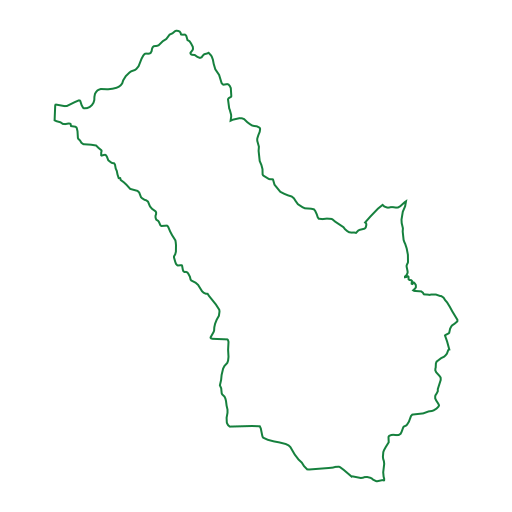 the district of Yen Minh, Hà Giang, Vietnam
{"feature_id": "81297802B77958779459732", "entity_name": "Yen Minh", "entity_type": "district", "adm_level": 2, "iso_a3": "VNM", "parent_name": "Vietnam", "parent_adm1": "Hà Giang", "projection": "natural_earth1", "projection_center": [105.183, 23.071], "detail": "fine", "context": "isolated", "style": "outline", "palette": "green", "viewbox_px": 512, "rotation_deg": 0, "n_neighbors": 0, "source": "geoboundaries", "source_scale": "gbopen_adm2", "svg_char_len": 5998}
<svg xmlns="http://www.w3.org/2000/svg" viewBox="0 0 512 512"><path d="M351.6,476.6L351.8,476.4L352.7,476.4L360.8,478.0L363.0,477.7L364.6,477.1L367.2,477.0L370.4,477.8L371.8,478.5L373.0,479.6L375.8,481.0L376.9,481.3L382.4,480.1L383.5,480.4L384.1,480.3L384.2,478.9L383.6,476.6L383.2,472.3L384.2,463.9L383.9,461.2L383.2,459.0L382.9,456.9L383.3,452.1L384.0,450.2L385.7,447.1L388.7,442.3L388.5,437.0L388.9,436.2L389.3,435.8L391.3,435.0L393.2,434.8L396.3,435.1L398.7,435.0L400.6,433.8L401.6,431.8L403.3,427.2L403.8,426.6L406.2,425.5L407.0,424.7L408.9,421.7L411.0,416.0L412.3,414.6L423.2,413.4L428.7,411.4L431.8,411.0L433.6,410.4L436.5,408.6L438.3,406.8L439.0,405.6L438.8,404.7L437.9,403.1L436.2,400.5L435.2,398.4L435.2,396.4L435.4,395.4L436.7,393.4L437.8,391.2L437.8,389.1L440.7,380.0L440.7,378.6L440.6,377.5L439.4,375.8L436.2,372.3L435.3,370.3L435.4,368.6L435.7,367.5L435.9,363.4L436.6,361.6L441.2,358.1L444.1,356.7L445.5,355.4L446.9,353.7L448.2,350.2L448.8,349.6L449.3,349.5L447.1,341.5L445.0,335.5L445.3,335.1L448.6,333.4L449.2,332.8L450.1,328.7L451.3,326.4L452.1,325.4L454.6,323.7L457.3,321.4L457.4,320.7L457.4,319.8L452.3,311.4L449.8,306.8L447.1,302.4L445.1,300.1L443.6,297.7L441.3,296.1L440.1,296.0L435.8,294.5L431.3,294.5L429.6,294.9L427.8,294.6L424.1,294.4L423.7,294.1L422.9,292.7L421.2,291.4L414.2,290.9L413.2,290.3L415.2,288.4L415.9,287.2L415.8,285.0L414.9,283.6L414.0,282.6L413.5,282.4L413.1,282.8L412.5,284.0L411.7,283.8L411.6,283.3L412.0,281.0L411.2,280.2L409.5,280.0L408.6,279.3L408.5,276.8L408.2,276.4L407.7,276.3L406.3,277.0L405.0,277.2L405.0,276.5L406.2,275.5L406.8,274.6L407.6,272.8L407.6,271.4L406.6,266.6L406.6,265.6L407.1,264.2L407.7,263.1L408.0,262.1L407.9,254.8L406.7,248.5L405.2,243.9L404.3,242.0L403.6,239.9L402.7,231.6L402.9,228.3L401.7,223.1L401.5,219.6L402.8,211.7L405.1,206.3L406.0,201.3L404.7,202.2L400.3,206.2L398.0,207.5L396.0,207.6L392.7,207.1L391.0,207.1L388.8,207.6L387.3,207.6L384.3,206.5L382.6,204.9L378.0,208.6L370.4,216.5L365.7,221.8L365.1,222.5L366.1,223.3L366.3,224.2L366.3,225.1L365.7,227.5L365.1,228.2L364.4,228.7L359.5,229.9L358.2,230.6L356.0,232.9L354.2,232.5L351.5,232.6L349.0,232.2L347.1,231.0L344.9,229.1L343.5,227.2L335.1,221.6L332.4,219.3L331.2,218.9L326.9,218.6L322.5,219.1L318.7,218.7L317.7,217.2L316.8,214.4L315.2,210.9L313.9,209.3L311.0,208.7L304.9,208.3L302.5,207.2L297.9,204.2L295.6,201.0L293.9,198.3L291.7,196.5L288.1,195.4L284.2,193.8L280.3,191.8L274.5,184.7L273.0,179.5L272.5,179.3L269.6,179.2L268.7,178.9L263.5,175.7L263.0,175.2L262.6,174.4L262.5,169.2L261.4,165.0L259.7,161.0L258.6,150.9L258.9,146.7L257.3,141.0L257.2,139.8L257.3,138.4L258.4,135.0L259.7,131.8L260.1,129.2L260.0,128.3L259.2,127.5L256.8,126.3L254.2,126.0L252.1,125.5L250.0,124.2L247.3,122.2L244.1,119.1L241.9,118.3L239.4,118.2L232.8,119.7L230.6,120.7L231.2,116.5L231.1,114.7L229.8,109.9L229.2,108.4L228.0,99.4L228.3,98.7L228.8,98.1L230.9,96.9L231.2,96.6L231.3,95.9L230.8,88.1L229.8,86.0L228.5,84.5L227.2,84.1L223.5,84.7L222.8,84.4L221.6,83.1L219.1,74.9L215.3,69.3L213.7,63.9L212.9,59.7L211.8,56.7L211.1,55.5L208.6,52.8L207.1,53.5L204.3,54.2L202.9,55.5L201.6,57.3L199.9,57.9L197.4,56.9L194.7,55.0L192.1,54.8L191.0,54.3L190.5,53.5L190.5,52.7L192.5,50.2L193.0,49.0L192.8,46.8L191.0,43.4L189.5,41.2L187.5,40.1L186.5,36.6L186.2,35.8L185.6,35.1L184.9,34.6L182.1,34.7L181.0,34.4L180.6,32.9L179.7,31.6L178.4,31.0L176.6,30.7L175.7,30.9L175.0,31.2L172.5,33.3L169.6,34.6L166.3,39.0L162.8,41.2L158.6,45.3L156.8,45.9L153.9,46.2L153.2,46.7L152.6,47.4L152.0,48.9L151.6,51.2L150.5,53.1L148.8,53.7L146.0,53.6L144.9,53.8L144.3,54.3L143.3,55.5L141.6,58.6L138.6,66.2L136.3,69.0L134.9,70.0L131.2,71.3L129.5,72.5L125.8,76.1L123.2,80.3L122.2,83.4L120.7,85.3L118.7,86.8L116.4,87.8L112.7,88.7L107.9,89.3L100.8,89.0L99.1,89.6L97.5,90.4L96.1,92.0L95.0,93.8L94.4,96.9L94.3,100.0L93.5,102.7L91.9,105.1L89.7,107.0L87.1,108.1L84.0,108.3L83.1,107.8L81.6,105.1L80.3,101.1L79.8,100.5L78.8,100.4L74.8,102.1L66.9,106.0L64.5,106.1L56.2,104.6L55.5,104.7L55.2,105.6L54.6,120.3L56.5,121.2L60.5,122.3L62.8,123.9L65.3,124.1L68.5,123.5L69.8,123.6L70.5,123.9L71.1,126.1L75.3,126.7L76.4,127.4L76.8,128.2L77.5,131.3L77.9,137.9L78.2,138.7L80.1,140.6L81.4,142.8L83.4,144.2L91.0,144.7L96.1,145.5L98.5,147.9L101.3,150.2L101.6,150.9L101.2,152.6L101.2,155.3L101.6,155.6L104.1,154.9L105.4,154.9L106.0,155.3L106.9,156.7L108.3,160.3L111.0,162.4L112.1,163.0L114.1,163.3L114.6,164.0L115.0,164.7L115.7,168.5L116.8,171.0L117.5,174.5L118.7,178.1L120.2,178.1L120.7,180.0L123.7,182.2L126.4,184.7L130.2,188.9L137.5,190.9L139.2,192.5L141.0,197.2L141.9,198.1L144.5,199.8L146.2,200.3L148.0,201.6L149.8,206.0L150.3,206.8L152.0,208.8L155.5,211.3L156.1,212.3L156.1,214.1L155.5,215.8L155.5,217.2L155.8,218.5L156.3,219.7L158.2,220.9L159.0,222.1L160.3,225.1L160.9,225.7L161.5,226.0L166.9,225.6L167.6,226.1L168.3,227.1L170.1,231.4L172.1,235.2L175.4,240.4L175.7,242.2L176.0,245.2L175.9,251.7L175.2,254.3L174.0,256.4L174.0,257.5L175.3,262.0L176.0,263.9L177.2,265.2L177.8,265.5L181.1,265.2L181.8,265.3L182.1,265.8L182.8,269.6L183.3,271.1L184.4,272.0L186.0,271.9L187.4,272.5L188.3,273.7L189.9,276.7L190.6,279.6L191.3,280.5L195.6,282.7L198.1,284.9L202.0,291.2L203.6,292.7L205.7,293.7L207.6,293.8L208.9,295.8L215.9,304.5L219.1,309.5L219.3,309.9L219.5,311.6L218.9,315.8L216.7,319.7L215.1,323.7L214.3,327.3L214.1,330.6L213.6,332.0L210.6,337.3L210.6,337.8L211.1,338.4L212.5,338.8L227.3,339.4L227.8,339.8L228.2,340.8L228.5,341.9L228.1,349.8L228.5,356.8L228.1,360.5L227.3,362.9L224.5,365.9L223.1,368.6L221.6,375.0L221.1,380.0L219.9,385.3L221.2,388.3L221.7,393.3L222.2,394.4L224.5,396.6L225.4,398.6L226.0,401.0L226.6,405.7L227.5,409.6L227.5,412.8L226.6,417.7L226.8,422.4L227.1,423.4L228.2,425.3L229.8,426.6L252.0,426.0L259.8,426.3L260.8,428.5L262.2,435.4L262.6,436.8L263.2,437.7L267.8,439.8L273.9,441.4L279.3,442.4L285.7,444.0L288.6,445.4L290.4,447.1L294.7,454.5L298.5,459.5L301.8,462.6L304.0,466.1L307.2,469.4L309.2,469.5L328.7,468.0L332.8,467.6L335.4,466.9L338.9,466.7L340.1,467.2L343.6,469.8L351.6,476.6Z" fill="none" stroke="#15803d" stroke-width="2"/></svg>